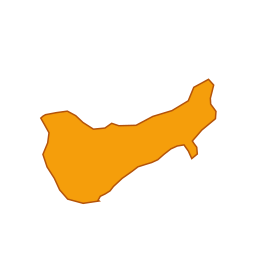 map outline of Duarte (Albers equal-area conic projection), rotated 318°
{"feature_id": "DOM-1979", "entity_name": "Duarte", "entity_type": "Province", "adm_level": 1, "iso_a3": "DOM", "parent_name": "Dominican Republic", "parent_adm1": "", "projection": "albers", "projection_center": [-70.055, 19.269], "detail": "fine", "context": "isolated", "style": "filled", "palette": "amber", "viewbox_px": 256, "rotation_deg": 318, "n_neighbors": 0, "source": "natural_earth", "source_scale": "10m", "svg_char_len": 818}
<svg xmlns="http://www.w3.org/2000/svg" viewBox="0 0 256 256"><g transform="rotate(318 128 128)"><path d="M72.7,62.3L75.6,62.9L85.1,68.7L94.2,74.9L97.4,83.9L98.2,93.7L101.5,105.7L110.8,112.6L119.0,113.6L122.7,120.2L135.8,131.4L154.2,136.0L172.3,144.5L191.0,148.1L204.1,141.8L220.4,145.7L220.4,153.4L213.3,158.2L209.1,161.0L205.4,165.6L204.5,174.5L199.2,179.6L181.5,178.9L167.1,180.7L166.6,183.9L166.2,188.3L162.1,193.7L154.9,193.4L157.4,185.6L158.3,178.0L152.5,174.3L145.9,172.2L137.2,171.6L128.9,171.5L122.5,169.5L116.5,166.7L109.4,163.5L101.8,162.9L90.0,161.5L78.1,161.7L72.6,162.7L66.9,161.7L61.7,160.2L56.7,161.9L57.5,161.7L57.7,162.9L44.3,154.0L35.6,140.5L35.8,128.3L39.6,116.1L41.8,102.8L47.1,90.7L58.4,85.3L66.1,78.7L68.2,69.6L69.8,62.3L72.7,62.3Z" fill="#f59e0b" stroke="#b45309" stroke-width="1.5"/></g></svg>